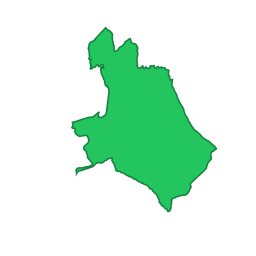 outline of Bumba, Équateur, Democratic Republic of the Congo, rotated 228°
{"feature_id": "63176286B7674321742221", "entity_name": "Bumba", "entity_type": "district", "adm_level": 2, "iso_a3": "COD", "parent_name": "Democratic Republic of the Congo", "parent_adm1": "Équateur", "projection": "robinson", "projection_center": [22.644, 2.675], "detail": "fine", "context": "isolated", "style": "filled", "palette": "green", "viewbox_px": 256, "rotation_deg": 228, "n_neighbors": 0, "source": "geoboundaries", "source_scale": "gbopen_adm2", "svg_char_len": 5891}
<svg xmlns="http://www.w3.org/2000/svg" viewBox="0 0 256 256"><g transform="rotate(228 128 128)"><path d="M128.4,59.1L128.7,60.1L129.0,60.5L129.2,61.0L129.1,61.7L128.8,63.0L128.3,63.7L127.2,65.9L125.8,69.2L124.2,72.7L122.8,76.1L122.8,76.9L123.0,78.8L122.9,81.0L122.7,81.6L122.4,81.9L122.2,82.6L121.6,83.5L121.4,83.7L120.7,83.8L119.6,85.0L119.1,86.4L119.0,87.3L119.3,88.7L118.5,90.3L118.5,92.3L116.4,96.2L115.9,96.1L115.4,95.6L115.2,94.8L114.1,94.0L111.5,93.7L109.9,93.2L108.5,92.7L105.8,91.4L105.1,90.7L104.2,90.6L103.0,91.2L100.8,93.1L99.5,93.0L97.6,94.5L96.9,94.5L96.0,94.9L95.4,94.9L94.7,95.3L93.5,95.4L92.8,96.0L92.1,96.1L91.9,96.3L91.0,96.3L90.3,97.1L89.1,97.5L88.6,97.9L86.2,98.1L85.6,98.7L85.2,98.9L84.8,99.4L83.8,99.4L82.2,99.8L81.4,99.8L79.5,101.1L78.5,101.0L77.8,101.3L77.2,102.0L76.1,102.1L75.8,102.2L75.4,102.3L74.9,102.8L74.2,103.0L72.6,103.8L71.6,104.1L71.0,104.1L70.5,103.9L69.8,104.0L69.6,104.1L68.3,103.5L68.1,103.6L67.2,104.6L66.7,104.6L66.5,104.9L65.8,104.5L63.7,104.2L63.1,104.3L62.2,104.6L61.6,104.3L61.2,104.3L59.7,104.9L58.1,104.2L57.2,104.1L56.7,103.7L55.4,103.7L54.6,103.1L53.9,103.0L52.7,102.3L52.4,101.9L52.0,101.8L51.5,101.4L51.2,101.8L48.2,101.3L47.9,101.0L47.4,101.1L45.9,101.9L44.1,101.7L43.5,101.9L42.8,101.8L42.3,102.5L42.1,102.6L41.4,102.2L41.1,102.4L40.3,102.3L39.3,101.8L38.8,102.3L38.5,103.9L38.6,104.4L40.1,106.8L40.5,106.9L41.7,108.3L42.0,108.9L43.0,110.1L43.6,110.5L44.6,111.4L44.9,112.2L45.9,112.9L45.2,115.5L44.6,116.6L44.1,119.1L43.4,119.9L41.7,123.6L40.3,125.0L39.6,126.5L39.5,127.7L39.5,128.9L40.1,130.9L40.6,132.2L41.9,134.9L41.9,135.4L42.9,135.8L44.2,136.6L44.9,136.9L44.9,137.3L45.1,140.4L45.2,144.8L45.2,153.8L45.6,158.7L45.8,159.8L46.7,160.4L47.4,162.1L48.1,163.1L48.9,165.2L49.0,168.2L49.3,169.2L50.2,169.8L51.0,170.6L52.2,171.1L54.2,173.5L54.3,173.9L53.8,175.3L53.6,176.7L53.6,178.3L53.3,179.2L53.5,179.9L55.3,180.1L57.0,180.1L59.0,179.7L60.2,179.7L60.4,179.5L61.5,179.3L61.9,179.4L62.7,179.5L64.5,179.1L65.9,178.4L68.0,177.9L69.1,177.4L71.9,177.1L73.6,177.2L74.2,177.4L75.2,177.1L76.0,177.1L80.2,176.7L81.2,176.3L81.3,176.4L82.7,176.1L83.8,176.2L84.9,176.5L85.4,176.4L88.3,176.9L90.0,177.3L90.2,177.5L92.6,177.6L94.6,178.4L94.6,178.6L96.8,178.9L97.7,179.1L99.7,179.3L101.5,180.2L101.5,180.3L101.8,180.6L102.9,180.6L103.4,180.9L104.2,181.8L105.8,182.2L107.1,182.3L107.2,182.6L108.3,182.6L111.0,183.3L112.0,183.4L116.8,184.8L119.2,185.9L119.4,186.2L124.8,187.5L127.4,188.6L129.0,188.6L129.8,188.9L131.0,189.7L134.4,193.5L134.9,191.9L135.5,191.5L136.3,192.2L137.4,192.2L137.6,192.4L138.3,193.5L138.6,193.6L139.8,193.4L140.6,193.8L141.2,194.6L142.1,195.1L143.5,196.9L143.9,196.9L144.5,196.5L145.6,195.2L146.2,195.1L147.8,195.8L148.4,195.3L149.3,194.1L149.7,193.9L150.5,193.8L150.9,193.6L151.7,191.9L152.2,191.4L152.6,191.3L153.6,191.5L153.9,191.0L153.9,190.0L153.7,189.1L154.1,188.2L154.4,188.0L155.1,188.0L155.7,188.4L156.4,189.2L156.8,189.2L157.3,188.7L157.8,187.5L158.2,187.1L159.0,186.6L159.2,186.4L159.1,185.9L158.9,185.5L158.9,185.3L157.8,184.5L157.7,184.3L157.8,183.8L158.2,183.4L158.7,183.2L159.5,182.4L160.0,182.0L161.5,182.2L161.6,181.8L161.2,180.4L161.3,179.9L161.9,179.3L162.5,179.2L163.6,180.4L163.9,180.6L164.3,180.4L164.5,180.1L164.2,178.9L164.6,177.2L165.1,176.7L165.4,176.1L165.8,175.8L166.7,175.8L167.7,176.5L168.4,176.6L168.5,177.4L169.2,177.6L169.9,178.3L170.9,178.7L172.2,180.1L172.9,180.4L173.6,180.8L174.1,181.4L174.5,182.5L175.3,183.2L175.7,184.1L176.0,184.5L177.5,185.3L178.2,186.3L179.3,186.3L179.9,186.9L180.1,187.5L180.3,188.4L181.3,189.0L181.8,189.0L183.3,189.7L184.6,189.8L185.4,189.8L187.6,188.2L189.0,187.6L192.8,189.4L193.0,188.5L193.7,187.7L193.4,186.4L193.7,184.8L194.1,184.0L193.0,181.2L193.1,180.0L192.7,178.4L192.9,177.7L193.4,177.0L193.6,175.3L192.9,173.0L192.9,171.6L193.2,170.4L193.8,169.6L194.3,169.2L194.7,169.3L195.9,170.5L197.4,171.5L197.6,172.0L198.1,172.5L198.7,172.8L199.9,173.1L201.8,174.2L202.1,174.6L202.9,174.6L203.2,174.7L203.6,175.4L204.0,175.5L204.9,176.3L205.5,176.5L206.1,177.4L206.4,177.6L206.9,177.8L207.4,178.6L207.8,178.9L208.7,179.4L210.2,179.5L211.2,179.5L212.4,179.5L213.5,178.9L214.4,178.5L217.5,178.5L216.3,165.0L215.8,161.0L216.8,157.3L216.3,155.2L214.5,153.1L214.1,152.1L213.5,151.5L212.0,151.0L209.4,149.1L209.0,148.9L208.1,148.0L206.9,147.2L206.2,146.5L205.7,145.2L203.9,145.2L203.7,145.3L203.4,146.1L203.1,145.3L202.1,143.6L201.7,143.2L200.9,142.9L200.0,143.3L199.8,142.6L199.3,141.8L198.8,141.9L198.5,141.7L197.5,139.8L197.1,139.6L196.8,139.8L196.2,141.0L196.3,141.9L196.1,143.4L195.2,144.5L195.2,145.0L195.7,146.3L195.6,147.1L195.2,147.7L194.8,147.7L194.0,147.7L193.4,147.2L193.1,147.2L193.0,147.4L193.2,148.2L192.9,148.9L193.2,150.0L193.0,150.9L192.4,151.5L191.0,151.6L190.7,151.4L190.4,151.0L190.0,149.7L189.6,149.7L189.2,150.1L189.2,149.5L190.1,149.3L190.5,149.7L191.0,149.9L191.2,149.7L191.5,149.1L191.4,148.7L189.2,146.5L187.6,145.3L186.1,144.5L183.8,143.9L183.7,143.7L182.1,143.3L180.6,142.6L179.5,142.4L178.4,141.9L175.1,139.9L173.8,139.8L173.4,140.0L173.0,140.8L172.1,140.1L170.8,140.1L169.8,139.7L168.2,138.6L166.6,136.9L154.6,123.0L153.4,121.4L152.7,119.4L152.8,118.7L153.3,117.3L153.2,115.5L154.3,114.5L155.2,113.9L156.1,113.9L157.6,114.7L158.6,115.8L159.1,117.6L159.4,115.0L159.6,109.4L160.4,108.4L162.3,105.6L165.8,98.2L167.0,95.2L169.4,90.5L168.6,90.5L167.4,89.2L166.5,88.7L166.0,86.9L165.7,86.5L165.0,86.6L164.7,86.9L163.9,88.0L163.1,88.4L160.7,85.9L159.8,85.6L158.5,85.4L156.6,85.6L155.1,85.9L153.9,86.9L150.7,91.9L149.4,92.3L147.9,92.0L146.4,91.4L144.3,89.8L143.7,88.3L143.7,82.9L142.6,81.6L141.7,81.0L140.7,81.1L138.5,81.5L137.6,80.6L136.2,80.1L135.8,80.1L134.3,79.2L133.4,78.5L132.4,78.0L128.1,78.0L126.4,77.9L125.4,77.6L124.8,77.1L124.5,76.3L125.8,72.8L127.4,70.6L128.1,68.9L129.1,67.3L130.2,65.8L131.1,65.0L131.6,64.3L131.8,63.3L131.8,62.1L131.4,61.3L130.6,60.6L129.5,60.1L128.4,59.1Z" fill="#22c55e" stroke="#15803d" stroke-width="1.5"/></g></svg>